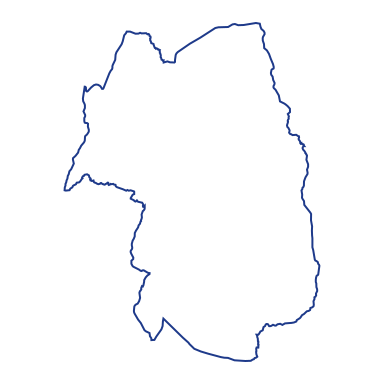 the district of Plai Phraya, Krabi, Thailand
{"feature_id": "78962969B62820682032584", "entity_name": "Plai Phraya", "entity_type": "district", "adm_level": 2, "iso_a3": "THA", "parent_name": "Thailand", "parent_adm1": "Krabi", "projection": "equal_earth", "projection_center": [98.811, 8.55], "detail": "fine", "context": "isolated", "style": "outline", "palette": "blue", "viewbox_px": 384, "rotation_deg": 0, "n_neighbors": 0, "source": "geoboundaries", "source_scale": "gbopen_adm2", "svg_char_len": 5913}
<svg xmlns="http://www.w3.org/2000/svg" viewBox="0 0 384 384"><path d="M296.3,321.5L296.8,320.1L299.8,318.2L300.7,317.2L302.0,315.2L304.0,314.0L306.8,311.3L308.7,310.9L310.1,310.0L310.4,308.0L312.3,307.3L313.5,306.3L313.8,304.8L313.5,301.2L314.5,299.0L314.4,297.3L315.5,296.6L316.2,295.2L316.0,294.3L316.0,293.5L317.2,291.0L317.1,289.1L316.4,287.1L316.3,283.4L315.8,282.0L315.8,279.7L316.1,277.4L316.7,275.7L317.9,275.0L318.2,274.5L319.4,265.8L319.1,264.9L318.2,263.8L317.8,262.1L316.7,261.2L315.3,260.5L314.8,259.6L313.2,250.1L312.4,247.3L312.4,238.2L312.1,235.6L311.9,230.6L312.1,226.4L311.0,220.3L311.1,214.0L310.4,212.7L304.3,204.9L304.0,201.1L302.3,198.5L302.0,197.6L302.2,194.7L301.5,190.4L302.3,189.2L302.5,187.8L303.4,186.9L303.9,185.6L304.0,181.4L304.3,180.5L305.5,177.3L307.5,174.0L307.6,172.7L307.0,169.7L308.1,166.8L308.1,164.2L306.4,159.8L307.0,155.7L306.9,155.2L306.2,154.5L306.2,154.0L305.6,153.1L305.3,153.0L305.3,152.4L304.4,151.0L303.1,149.6L302.6,148.3L302.7,147.4L303.6,146.1L304.2,146.1L303.8,145.6L303.9,145.0L303.7,144.6L303.1,144.6L302.9,144.1L301.7,143.9L301.5,143.1L300.7,143.7L300.2,143.0L300.3,142.4L299.8,140.9L298.8,139.7L298.6,138.9L299.1,137.4L298.9,136.3L298.4,136.3L296.2,134.8L292.5,135.1L291.2,134.2L290.3,134.1L289.1,132.7L289.6,130.7L289.4,129.9L288.3,127.8L287.4,127.0L287.0,125.5L287.2,124.5L287.9,122.5L288.0,121.5L287.7,121.0L288.0,119.8L288.7,118.8L288.6,117.2L288.9,116.3L287.8,114.0L290.0,112.1L289.9,108.7L287.6,106.1L285.7,104.5L284.4,103.6L280.0,101.4L278.8,95.4L275.5,89.7L273.9,88.2L273.5,87.5L273.5,86.1L274.4,84.4L274.6,83.0L273.2,80.0L272.6,76.6L271.2,74.7L270.9,73.0L271.5,69.9L271.9,69.4L273.5,68.6L273.7,68.1L273.7,66.8L273.0,64.1L270.8,58.9L269.0,53.9L266.9,50.4L264.2,48.1L264.0,44.1L262.8,40.6L262.7,38.1L263.0,36.9L264.6,34.1L264.5,32.5L263.6,30.9L261.4,29.0L260.5,26.8L259.8,23.7L255.9,23.0L243.7,25.0L238.2,25.2L234.9,24.0L232.5,24.4L228.1,27.0L218.4,27.3L215.3,28.0L200.4,37.6L189.9,43.7L177.7,52.1L176.4,53.5L175.7,55.0L175.0,60.1L175.0,61.9L174.4,62.5L169.9,62.3L167.4,61.4L163.7,62.5L163.7,61.6L163.3,61.1L163.5,60.5L162.8,60.6L162.5,59.9L161.6,59.7L161.0,57.5L160.6,57.1L160.8,55.7L160.7,54.8L160.3,54.1L160.3,53.4L159.8,52.9L159.8,51.0L159.5,50.7L159.7,50.2L159.4,50.2L159.0,49.6L158.0,49.5L157.8,48.9L156.9,48.5L156.3,48.7L156.3,48.4L155.8,48.4L155.6,48.0L154.8,47.9L153.7,45.0L153.6,44.1L152.5,43.5L151.3,43.2L150.8,41.2L150.5,41.0L150.1,40.0L150.3,39.2L150.1,38.4L150.6,37.9L150.6,37.0L150.4,36.4L149.5,35.9L149.2,34.5L148.6,34.0L147.5,34.3L146.2,33.2L141.6,33.4L140.1,32.8L138.5,33.6L135.5,33.7L130.1,31.6L126.7,31.6L125.9,33.3L124.2,35.3L122.7,41.4L121.6,44.3L116.4,52.3L115.6,54.7L115.2,59.9L112.8,64.9L112.4,66.2L112.4,67.9L112.1,69.1L110.7,70.8L109.3,73.4L103.5,88.2L103.1,88.8L102.1,88.9L100.5,86.4L99.8,85.8L98.0,84.8L96.0,84.5L93.9,85.2L91.1,87.5L87.8,91.1L87.0,91.5L86.1,90.9L85.9,87.5L85.3,86.8L84.7,86.7L82.9,98.6L83.2,101.3L84.4,103.6L84.9,105.1L84.9,108.0L83.5,111.4L85.2,115.1L85.1,116.5L84.3,118.0L84.3,121.1L84.7,122.6L85.2,122.9L87.2,123.1L88.0,123.7L87.9,126.7L88.8,129.7L88.8,131.3L88.5,132.2L87.0,134.5L85.3,136.0L85.0,136.8L84.8,140.4L84.5,141.4L83.9,142.5L81.2,145.7L79.9,148.3L78.8,149.8L78.1,152.6L75.5,155.9L73.0,158.2L72.9,159.5L73.8,163.6L71.2,169.2L69.4,171.3L68.7,174.3L67.8,175.9L67.4,178.7L66.6,180.3L66.2,182.4L65.5,183.9L65.5,185.5L64.8,187.4L64.6,190.3L65.8,190.6L69.5,190.2L70.3,188.6L72.3,187.4L72.9,186.0L73.4,185.5L75.9,184.3L76.7,182.7L79.0,182.4L80.1,181.5L81.9,178.8L82.5,178.4L82.1,177.6L82.8,176.3L83.8,176.0L84.5,174.8L87.1,174.3L88.9,175.4L89.4,177.4L90.6,178.5L90.5,179.0L90.1,179.6L90.5,180.4L91.3,180.3L91.6,180.9L92.0,181.0L93.5,180.5L93.9,182.0L94.4,182.5L95.8,182.9L96.6,183.5L98.3,184.2L100.0,183.8L100.5,183.1L101.2,183.0L102.5,184.1L103.5,184.2L104.2,184.7L105.1,184.5L105.6,184.0L106.7,183.6L107.5,182.7L107.9,182.6L108.3,182.9L108.5,184.6L108.8,185.0L110.0,184.6L110.6,183.9L111.7,184.2L113.2,183.9L113.8,184.5L115.5,184.8L115.8,186.3L117.0,187.2L122.8,189.2L126.2,190.7L127.4,190.0L128.8,190.7L130.6,190.3L134.0,191.4L134.2,191.7L134.2,194.1L132.7,194.7L130.7,198.1L130.7,198.7L133.8,200.2L134.5,201.1L135.3,201.5L135.7,201.5L136.9,200.4L137.7,201.5L138.3,201.8L142.2,202.7L143.3,204.6L142.9,205.9L143.1,206.8L143.9,207.0L144.7,206.0L144.7,208.1L144.5,209.2L143.7,210.4L142.8,211.1L141.6,214.5L141.9,217.4L141.6,218.8L140.9,220.4L141.1,221.1L140.4,221.9L140.0,223.7L138.6,225.4L138.1,227.4L136.0,230.6L134.8,233.0L134.7,236.5L133.6,239.1L132.7,240.5L131.8,243.8L131.8,245.3L132.2,247.3L132.2,248.3L131.9,249.2L130.8,250.7L130.6,251.9L131.2,253.6L133.3,257.6L133.2,259.1L131.4,260.7L131.4,263.8L132.5,265.9L133.3,266.7L139.0,269.6L140.6,270.8L141.7,271.0L142.4,270.4L143.7,270.3L147.9,272.8L149.6,273.1L149.5,274.1L147.4,275.5L145.7,277.4L144.2,280.1L144.1,281.9L143.4,285.3L142.8,286.5L142.0,286.1L141.2,288.1L141.3,289.3L140.5,290.7L139.9,291.2L139.4,292.8L140.1,297.9L139.1,301.2L137.7,303.6L135.6,304.7L134.6,305.9L134.3,306.7L133.9,310.9L134.0,312.0L134.5,313.4L138.1,319.6L140.8,323.0L144.5,330.2L146.0,331.4L149.5,333.0L150.0,336.3L151.3,338.2L151.4,340.1L154.4,339.9L156.3,336.6L161.4,329.4L162.6,326.1L162.9,321.5L163.4,318.6L182.8,337.6L188.5,342.7L189.5,344.1L194.3,348.8L200.9,351.5L208.2,353.7L220.9,357.1L224.2,357.7L228.0,357.9L234.5,360.3L245.4,361.0L250.8,360.8L252.6,359.6L253.9,359.2L254.6,358.1L256.2,357.6L257.3,356.7L256.4,354.4L256.1,351.8L256.4,351.2L256.2,348.8L256.6,347.5L258.3,347.6L258.4,346.8L258.2,345.8L258.6,344.9L258.0,344.1L258.4,342.8L258.0,341.9L258.3,341.3L257.9,340.9L257.8,338.6L257.2,336.9L257.2,335.8L256.6,334.7L258.3,334.7L259.0,333.9L260.4,331.5L262.7,330.3L263.5,327.1L265.1,326.0L265.7,324.5L266.5,324.0L267.6,324.1L268.1,324.4L269.1,326.1L270.0,326.2L271.2,325.9L273.0,324.8L275.0,325.6L275.9,325.6L277.5,324.3L280.2,323.8L282.4,324.9L285.0,323.4L291.5,322.9L293.9,322.5L296.3,321.5Z" fill="none" stroke="#1e3a8a" stroke-width="2"/></svg>